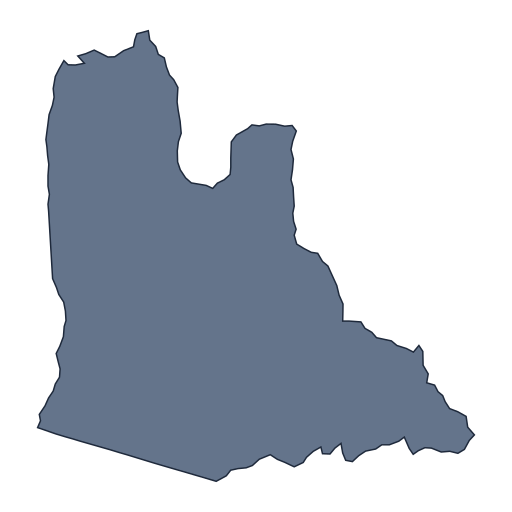 Contenda, Paraná, Brazil
{"feature_id": "56859067B27721261904697", "entity_name": "Contenda", "entity_type": "district", "adm_level": 2, "iso_a3": "BRA", "parent_name": "Brazil", "parent_adm1": "Paraná", "projection": "mercator", "projection_center": [-49.513, -25.7], "detail": "fine", "context": "isolated", "style": "filled", "palette": "slate", "viewbox_px": 512, "rotation_deg": 0, "n_neighbors": 0, "source": "geoboundaries", "source_scale": "gbopen_adm2", "svg_char_len": 2297}
<svg xmlns="http://www.w3.org/2000/svg" viewBox="0 0 512 512"><path d="M94.2,50.1L85.7,53.7L77.8,56.0L84.4,63.3L75.3,65.0L68.1,64.8L63.9,60.6L59.0,69.2L55.3,76.5L53.2,88.6L54.1,97.2L52.4,105.4L49.1,114.6L48.0,123.5L46.7,133.3L45.9,139.6L46.9,146.8L47.6,155.4L48.8,164.4L48.0,175.6L48.0,186.1L49.4,194.3L48.0,204.2L48.6,211.1L52.6,278.6L56.5,287.6L58.8,294.5L63.7,302.1L65.4,311.0L66.0,320.5L64.2,326.5L63.4,336.7L59.8,346.3L56.2,353.5L58.3,362.1L60.1,368.9L59.5,377.2L55.3,384.0L53.2,391.1L48.6,397.9L45.0,405.9L39.3,414.4L40.5,420.8L37.6,427.6L55.8,433.9L65.4,436.8L72.8,438.9L80.0,441.1L110.0,449.7L119.5,452.6L127.4,454.9L154.5,463.2L162.7,465.6L198.7,476.1L216.2,481.3L226.3,475.8L230.7,470.2L237.9,468.6L246.2,467.8L252.4,465.5L259.3,459.2L270.3,454.7L277.3,459.3L284.7,462.3L294.2,466.8L303.2,462.5L306.5,457.3L313.3,451.3L320.9,447.0L322.5,453.7L330.0,454.0L334.9,448.1L341.0,443.4L342.7,453.0L345.7,460.3L352.4,461.6L358.7,455.7L365.6,451.1L375.7,449.0L381.8,444.8L389.3,444.8L398.8,441.2L404.3,437.1L409.2,448.4L413.2,454.3L418.3,450.7L424.9,447.7L431.4,448.1L441.2,452.0L449.8,451.3L457.9,453.3L464.4,449.4L469.3,440.4L474.4,434.9L467.7,427.2L466.1,416.4L457.9,411.8L449.6,408.6L445.1,401.6L442.7,395.6L438.0,391.7L434.6,385.1L426.7,382.8L428.2,373.9L423.1,365.3L422.8,351.4L418.9,345.5L413.4,352.1L406.4,348.5L396.9,345.5L391.4,340.9L376.5,337.7L371.8,332.3L365.0,328.4L360.9,321.9L349.3,321.1L342.7,321.1L342.9,312.0L343.0,304.0L339.1,295.2L336.8,285.6L331.7,274.4L327.9,266.0L322.5,261.5L317.7,253.3L311.2,252.3L304.1,248.6L296.7,244.1L294.2,235.2L296.1,229.2L293.6,221.4L292.8,213.2L294.2,206.1L293.6,197.0L293.1,187.4L291.0,179.8L292.5,169.7L293.4,159.0L291.0,149.5L292.7,141.3L296.3,131.0L292.1,125.5L284.7,126.2L275.6,124.2L266.1,124.1L259.3,125.9L251.9,124.9L247.6,128.7L236.4,135.0L231.3,141.9L230.8,158.1L230.8,167.3L230.1,174.5L224.2,179.8L217.4,183.1L212.7,188.4L206.2,185.4L197.9,184.0L191.3,182.9L185.6,177.9L180.3,169.9L177.6,162.0L177.3,150.8L178.4,141.7L181.2,133.3L180.1,121.2L178.2,110.4L177.1,102.0L177.4,95.9L177.9,87.5L173.7,79.7L169.5,75.1L166.4,66.9L164.3,57.9L158.3,54.4L155.7,46.5L149.8,40.2L148.3,30.7L142.2,32.4L136.9,33.7L134.8,39.8L133.5,46.8L123.6,50.7L114.7,56.8L107.9,57.0L102.6,54.3L94.2,50.1Z" fill="#64748b" stroke="#1e293b" stroke-width="1.5"/></svg>